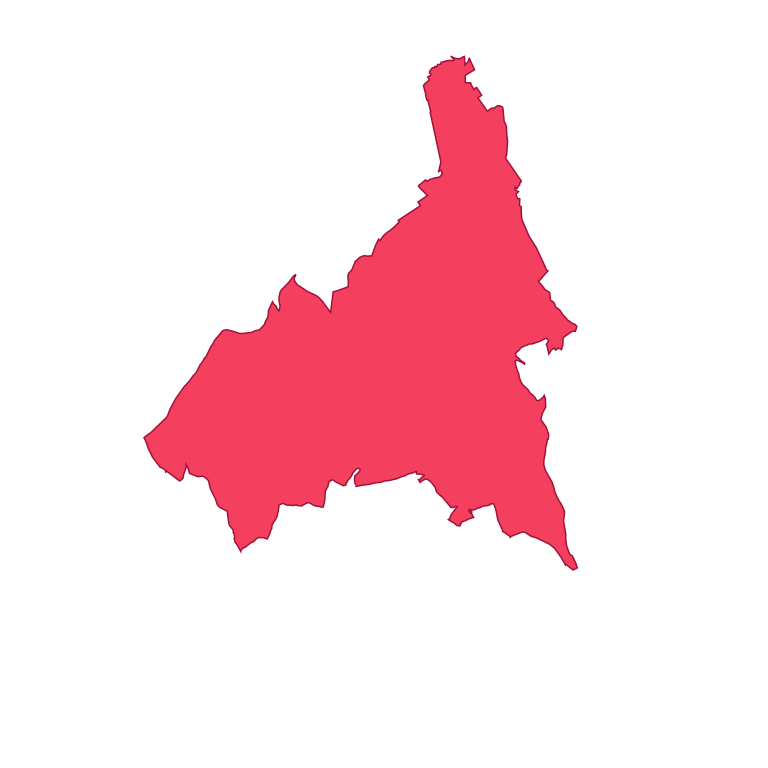 Lunca, Mures, Romania (Equal Earth projection), rotated 241°
{"feature_id": "2599482B60450426042638", "entity_name": "Lunca", "entity_type": "district", "adm_level": 2, "iso_a3": "ROU", "parent_name": "Romania", "parent_adm1": "Mures", "projection": "equal_earth", "projection_center": [24.567, 46.85], "detail": "fine", "context": "isolated", "style": "filled", "palette": "rose", "viewbox_px": 768, "rotation_deg": 241, "n_neighbors": 0, "source": "geoboundaries", "source_scale": "gbopen_adm2", "svg_char_len": 6171}
<svg xmlns="http://www.w3.org/2000/svg" viewBox="0 0 768 768"><g transform="rotate(241 384 384)"><path d="M631.5,613.2L631.8,611.4L631.6,609.0L632.1,607.1L634.4,604.0L636.2,602.6L638.5,601.4L634.0,602.3L633.2,602.1L633.1,601.3L635.0,598.8L636.5,595.0L637.1,591.3L637.8,589.9L636.4,589.0L636.5,587.2L637.4,586.4L637.1,585.2L635.9,584.4L636.4,583.1L636.9,583.0L636.9,582.1L636.2,581.2L637.1,579.7L636.4,577.5L635.0,575.1L633.9,574.5L632.3,575.4L631.5,574.6L631.3,573.9L631.4,571.1L628.0,571.1L626.9,565.5L625.8,563.1L617.4,561.1L617.4,560.8L613.4,559.6L611.5,559.2L611.3,560.0L599.7,557.0L599.5,556.2L598.8,556.0L550.6,541.4L543.3,534.8L543.3,535.7L543.7,537.3L542.5,537.7L540.8,536.9L539.7,537.2L538.0,532.9L539.5,528.7L540.6,523.6L540.3,519.9L541.4,519.8L542.4,519.2L540.7,510.3L540.4,510.1L538.5,510.3L527.8,513.4L526.7,501.9L522.3,502.2L520.3,475.8L518.4,476.0L516.5,469.6L515.3,463.5L515.2,461.1L514.0,455.4L511.4,450.0L513.2,449.5L509.7,444.2L501.8,435.1L502.7,434.2L503.8,431.5L505.6,429.4L506.3,426.7L506.5,423.9L505.1,418.3L499.6,411.4L497.9,406.8L497.2,405.9L496.3,405.0L493.4,403.4L491.9,403.0L486.4,399.8L488.3,388.0L489.3,384.3L472.5,372.0L486.6,370.1L491.6,368.8L494.8,367.2L501.6,362.2L512.5,356.5L514.9,356.0L518.5,355.9L520.1,356.8L522.0,359.6L522.5,359.5L522.2,356.9L519.1,350.0L516.1,340.1L515.1,338.1L511.3,334.6L507.9,332.6L502.3,330.8L498.9,327.6L500.8,326.9L503.8,327.4L507.9,326.3L510.0,326.4L504.3,318.6L499.5,315.6L496.0,310.4L494.2,308.5L491.7,301.4L493.2,296.9L493.0,295.7L493.6,292.4L496.9,284.5L498.4,282.0L503.7,277.1L507.7,272.8L508.7,269.7L508.6,268.3L504.4,257.2L502.3,254.0L500.3,250.2L494.5,242.1L493.3,238.8L491.4,236.0L489.7,232.0L485.1,225.4L483.4,220.3L480.7,214.7L478.6,208.1L472.3,194.9L465.6,184.5L461.3,179.5L460.1,177.1L455.3,159.5L454.5,156.2L453.9,150.3L453.3,148.0L449.4,147.9L441.3,146.5L432.4,146.1L420.0,147.8L415.3,151.0L412.8,150.4L412.8,151.2L413.2,151.6L398.3,158.2L398.3,160.2L399.2,162.6L402.0,164.9L406.8,170.4L409.5,171.9L405.6,171.9L400.3,170.5L393.7,175.7L392.5,177.6L391.4,180.8L388.8,182.3L385.6,183.4L384.3,183.5L376.0,181.3L365.7,180.9L359.2,179.7L355.7,180.5L348.8,185.2L337.9,180.9L334.6,180.3L329.6,181.3L327.3,180.2L325.3,180.2L321.9,178.8L321.4,178.0L317.9,177.0L314.7,177.6L306.9,177.5L308.0,178.4L308.9,181.3L308.5,184.3L309.0,185.8L309.7,190.6L309.3,193.3L310.6,197.7L310.6,199.6L307.9,204.2L305.1,206.6L306.0,208.2L308.7,211.7L310.9,213.9L312.0,215.8L314.6,217.4L316.9,220.9L317.6,222.7L320.2,226.4L324.7,230.4L328.8,233.4L329.0,234.7L328.6,237.8L326.1,239.5L324.5,241.3L323.8,242.7L321.6,245.8L321.2,248.1L320.3,248.7L318.7,250.7L317.1,253.3L317.5,254.8L317.2,259.5L316.0,261.4L311.9,263.7L310.4,265.2L308.1,268.2L306.7,269.5L305.8,271.2L310.8,275.7L318.4,280.5L320.5,283.2L320.9,284.5L325.1,288.4L325.3,291.8L325.0,292.5L323.9,293.5L322.4,293.9L314.6,299.3L314.2,301.8L314.9,302.0L317.6,306.3L318.3,309.0L319.9,311.8L321.3,313.5L323.3,319.5L321.8,321.6L320.1,321.3L319.1,319.2L317.7,314.0L316.1,312.7L312.8,310.9L310.6,310.5L308.7,310.6L307.9,310.0L306.3,315.3L303.6,321.9L301.6,328.9L299.8,332.9L298.8,337.7L296.6,343.0L296.1,345.5L294.9,349.2L294.5,354.1L293.4,358.5L293.7,360.3L293.4,362.1L292.2,366.6L292.1,369.7L291.4,369.9L290.6,369.1L289.6,368.9L289.2,369.1L287.2,372.7L285.5,373.9L284.7,374.9L284.4,374.9L283.8,370.8L283.5,369.7L282.7,368.8L283.6,367.9L280.4,367.8L280.9,370.5L280.8,374.6L279.2,375.9L275.3,377.7L268.4,378.6L265.5,377.8L263.9,377.8L260.8,378.6L256.4,380.3L243.5,382.7L242.2,385.1L242.3,386.5L241.4,388.5L240.1,386.3L239.2,383.8L236.9,379.0L234.5,376.2L234.2,374.5L226.8,378.7L226.5,378.5L224.9,379.1L223.1,381.5L223.7,382.5L224.4,383.0L224.6,383.7L225.0,383.7L225.6,385.6L224.9,389.6L224.9,392.9L223.8,397.7L228.5,397.7L229.6,397.0L229.4,398.8L230.0,398.9L231.8,396.6L232.3,396.7L233.0,397.8L231.0,400.1L230.0,402.9L230.1,405.2L229.4,407.8L229.2,411.8L228.0,414.1L227.2,416.7L227.0,417.8L227.4,418.1L226.9,420.5L226.0,421.9L219.5,420.8L210.0,417.7L199.4,416.8L197.7,416.3L190.0,420.2L188.7,419.9L189.0,421.0L188.8,424.3L187.4,433.7L186.8,434.4L185.3,435.8L179.5,438.8L175.1,443.1L163.4,451.2L157.4,453.6L146.9,454.8L137.5,455.0L137.9,455.8L129.7,459.1L129.5,464.0L134.0,464.8L142.0,465.4L142.7,465.3L144.4,464.1L147.1,464.1L153.9,465.3L160.4,467.8L164.6,470.2L177.2,474.6L183.0,478.9L185.4,480.2L192.8,480.8L197.9,480.4L206.2,481.0L213.0,482.8L217.5,483.4L230.7,483.3L236.1,484.7L239.5,486.7L246.2,492.2L250.3,494.7L253.1,497.6L256.1,499.8L256.1,500.9L259.0,503.0L261.0,503.8L268.0,504.9L276.4,504.0L277.4,504.4L281.4,508.1L285.6,514.4L293.7,518.3L296.4,518.6L295.6,517.3L294.4,512.8L294.9,510.4L295.7,509.5L298.8,509.5L302.6,508.6L304.9,507.4L309.1,507.2L315.9,505.0L319.7,504.8L324.5,505.6L327.1,506.7L331.7,507.2L335.8,508.1L340.0,509.7L340.7,510.5L340.4,511.8L336.4,514.9L333.2,516.6L334.2,517.2L338.6,514.8L340.1,514.7L340.8,514.2L341.4,514.4L344.0,512.9L347.1,513.9L348.5,519.7L349.0,520.1L349.3,521.9L349.3,524.4L348.7,528.0L348.6,530.2L347.2,533.0L345.9,540.4L345.5,548.0L342.7,549.1L341.4,548.2L339.9,545.1L337.6,544.9L330.3,542.7L332.5,546.8L333.0,550.4L330.4,550.5L330.9,554.0L328.0,555.9L331.2,559.1L336.5,562.4L337.8,563.6L338.8,573.7L338.5,575.0L337.3,576.8L339.7,579.6L340.9,580.5L343.7,579.9L347.0,577.2L349.5,576.5L350.8,575.6L354.6,575.0L357.3,574.1L363.8,573.5L368.1,571.5L372.3,572.1L374.4,571.6L375.9,570.4L376.7,570.4L383.9,573.3L388.5,570.5L391.6,570.3L399.0,568.8L399.4,571.3L401.3,575.8L403.4,582.2L405.6,581.3L407.9,581.8L430.0,583.3L442.8,582.5L461.4,584.4L468.4,587.6L471.6,589.6L472.8,589.8L474.6,589.0L480.1,592.6L480.7,592.1L481.1,590.8L484.6,590.9L486.2,591.8L487.0,594.9L490.3,592.7L490.8,592.9L492.5,594.1L490.5,594.7L490.5,595.1L491.7,597.2L492.4,599.2L493.6,599.9L494.1,600.7L494.3,601.9L495.0,602.5L522.6,599.8L525.6,602.8L536.6,609.9L541.6,611.8L549.1,615.5L551.3,616.2L555.7,616.5L566.3,621.2L568.8,621.9L571.4,619.9L572.3,618.1L572.4,617.1L571.9,614.4L572.9,612.0L573.1,610.5L572.3,606.7L588.7,604.9L589.2,609.4L597.9,608.9L598.7,608.4L597.8,605.6L603.3,605.3L605.5,605.8L608.1,601.1L614.5,604.7L615.0,615.6L627.4,616.5L626.9,615.3L625.6,614.7L623.7,609.4L631.5,613.2Z" fill="#f43f5e" stroke="#9f1239" stroke-width="1.5"/></g></svg>